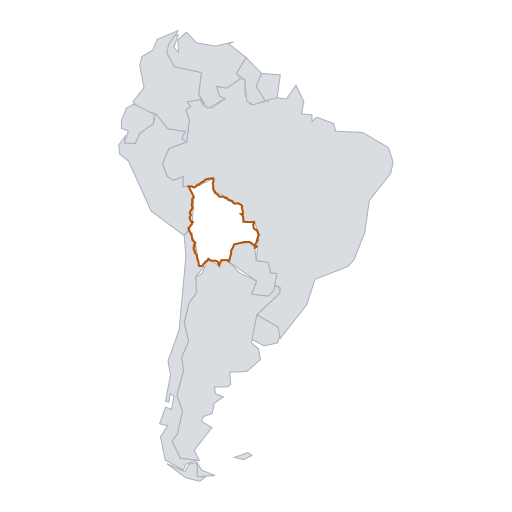 Bolivia on a map of South America (Robinson projection)
{"feature_id": "BOL", "entity_name": "Bolivia", "entity_type": "country or territory", "adm_level": 0, "iso_a3": "BOL", "parent_name": "South America", "parent_adm1": "", "projection": "robinson", "projection_center": [-65.153, -16.301], "detail": "fine", "context": "in_parent", "style": "outline", "palette": "amber", "viewbox_px": 512, "rotation_deg": 0, "n_neighbors": 12, "source": "natural_earth", "source_scale": "50m", "svg_char_len": 9073}
<svg xmlns="http://www.w3.org/2000/svg" viewBox="0 0 512 512"><path d="M197.0,462.4L201.6,470.1L215.0,475.6L197.3,476.6L197.0,462.4ZM257.0,314.9L251.5,343.0L258.4,348.7L260.5,359.4L246.8,371.5L229.8,372.2L230.7,384.5L227.5,386.8L214.6,387.1L215.4,393.6L223.5,397.0L214.3,403.1L212.3,413.3L203.2,416.6L201.7,421.5L211.9,427.6L194.2,450.3L199.4,460.6L180.4,458.4L172.0,441.1L177.3,434.1L182.4,411.6L176.9,394.9L183.5,370.4L181.5,357.8L188.5,341.4L184.2,322.5L188.9,303.2L196.5,292.7L195.7,276.9L202.0,273.6L208.0,258.9L218.9,265.4L221.2,260.0L227.8,260.3L239.2,272.6L256.7,281.2L251.7,294.2L268.3,296.0L277.6,283.7L280.1,292.9L257.0,314.9Z" fill="#d9dde1" stroke="#a8b0b8" stroke-width="1"/><path d="M197.0,462.4L197.3,476.6L205.6,476.8L199.8,481.3L185.7,477.8L166.9,463.7L184.9,471.6L188.9,464.3L197.0,462.4ZM188.7,230.6L195.4,242.8L199.1,265.9L203.9,266.6L195.7,276.9L196.5,292.7L188.9,303.2L184.2,322.5L188.5,341.4L181.5,357.8L183.5,370.4L176.9,394.9L182.4,411.6L177.3,434.1L172.0,441.1L180.4,458.4L197.3,460.2L186.0,464.1L183.3,470.2L165.2,460.0L160.5,436.9L167.6,425.6L159.6,423.8L165.6,407.1L171.6,409.4L173.9,395.8L170.2,394.0L168.9,402.2L165.5,401.3L170.5,375.1L168.0,361.1L179.2,329.6L185.9,256.0L184.2,235.7L188.7,230.6Z" fill="#d9dde1" stroke="#a8b0b8" stroke-width="1"/><path d="M234.4,457.4L247.9,452.6L251.9,455.5L243.4,459.6L234.4,457.4Z" fill="#d9dde1" stroke="#a8b0b8" stroke-width="1"/><path d="M257.0,314.9L278.3,327.1L281.4,331.6L277.6,342.8L264.1,345.9L252.0,339.5L257.0,314.9Z" fill="#d9dde1" stroke="#a8b0b8" stroke-width="1"/><path d="M280.2,338.6L278.3,327.1L257.0,314.9L280.1,292.9L280.3,287.6L274.7,285.0L276.8,273.5L270.5,273.1L268.4,262.4L256.1,260.7L258.9,234.5L254.7,222.0L243.5,221.8L241.6,205.2L213.0,190.5L213.4,178.4L196.2,186.8L182.8,186.7L183.2,176.6L173.2,180.4L167.1,176.4L162.5,163.5L168.9,148.5L186.6,142.0L189.3,120.8L185.8,109.7L190.5,106.7L187.0,101.8L200.4,99.7L203.2,105.7L212.1,108.0L225.0,98.6L219.7,96.6L216.4,86.2L226.6,88.1L240.5,78.6L244.9,79.8L245.0,94.9L250.5,104.5L268.4,101.2L268.5,96.5L286.4,99.1L295.9,85.2L303.9,101.7L301.5,113.8L311.9,114.9L312.1,121.5L316.6,117.2L333.7,123.6L335.6,131.2L362.7,132.5L388.4,147.6L393.2,162.3L390.7,173.3L369.3,200.4L364.8,232.5L354.1,259.6L347.8,266.5L314.9,279.3L306.8,304.6L280.2,338.6Z" fill="#d9dde1" stroke="#a8b0b8" stroke-width="1"/><path d="M186.6,142.0L168.9,148.5L162.5,163.5L167.1,176.4L173.2,180.4L183.2,176.6L182.8,186.7L188.8,186.4L193.9,197.1L192.3,223.4L184.2,235.7L151.1,211.0L128.6,161.3L119.8,154.2L118.8,144.9L125.3,136.0L124.5,142.8L135.1,143.6L139.8,133.3L153.2,123.7L155.8,113.7L167.8,128.7L185.6,131.5L181.8,138.3L186.6,142.0Z" fill="#d9dde1" stroke="#a8b0b8" stroke-width="1"/><path d="M204.3,104.9L200.4,99.7L187.0,101.8L190.5,106.7L185.8,109.7L189.3,120.8L186.6,142.0L181.8,138.3L185.6,131.5L167.8,128.7L155.8,113.7L142.1,110.6L132.9,102.0L144.0,87.6L139.7,65.1L142.1,56.4L152.7,50.3L157.3,39.3L177.9,30.7L166.6,52.2L174.4,66.6L201.6,72.6L198.8,94.5L204.3,104.9Z" fill="#d9dde1" stroke="#a8b0b8" stroke-width="1"/><path d="M240.5,78.6L226.6,88.1L216.4,86.2L219.7,96.6L225.0,98.6L207.5,108.5L198.8,94.5L201.6,72.6L174.4,66.6L166.6,52.2L169.0,43.6L174.5,35.8L178.3,34.7L173.9,47.5L178.6,52.3L177.8,40.1L186.4,32.1L196.6,42.9L216.0,46.1L233.6,41.8L228.7,43.8L246.1,57.5L236.5,73.5L240.5,78.6Z" fill="#d9dde1" stroke="#a8b0b8" stroke-width="1"/><path d="M265.2,100.6L253.4,104.8L246.9,101.4L244.9,79.8L236.5,73.5L246.1,57.5L261.5,73.4L256.3,86.2L265.2,100.6Z" fill="#d9dde1" stroke="#a8b0b8" stroke-width="1"/><path d="M277.1,97.9L265.2,100.6L258.9,91.0L256.3,86.2L261.5,73.4L280.3,74.9L277.1,97.9Z" fill="#d9dde1" stroke="#a8b0b8" stroke-width="1"/><path d="M154.2,114.3L153.2,123.7L139.8,133.3L135.1,143.6L124.5,142.8L128.4,131.0L121.3,128.3L121.5,120.3L126.4,108.2L133.7,104.1L154.2,114.3Z" fill="#d9dde1" stroke="#a8b0b8" stroke-width="1"/><path d="M254.9,247.9L256.1,260.7L268.4,262.4L270.5,273.1L276.8,273.5L273.6,290.9L268.3,296.0L251.7,294.2L256.7,281.2L228.7,261.7L234.0,244.3L249.4,242.4L254.9,247.9Z" fill="#d9dde1" stroke="#a8b0b8" stroke-width="1"/><path d="M189.1,230.1L189.1,229.8L189.1,229.3L188.8,228.9L188.5,228.7L188.3,228.4L188.5,228.0L189.2,227.4L189.5,227.3L189.6,227.0L189.9,226.7L190.5,225.8L190.9,225.2L191.3,224.8L191.8,224.5L191.9,224.3L191.8,223.7L191.9,223.2L192.0,222.9L192.5,222.6L192.9,222.4L193.0,222.3L192.9,222.1L192.6,221.8L191.8,221.5L191.3,221.5L191.0,221.3L190.8,221.0L189.8,218.3L189.6,217.6L189.6,217.4L190.3,216.0L190.5,215.6L191.0,214.9L190.9,214.7L190.1,213.6L189.8,213.1L189.8,212.6L189.9,212.0L190.4,211.7L190.5,211.2L190.6,210.7L190.8,210.5L191.0,210.2L191.3,209.8L191.7,209.5L191.9,209.2L192.0,208.5L192.2,208.3L192.7,208.0L192.7,207.8L192.6,207.3L192.4,206.8L192.1,206.5L191.8,205.2L191.5,204.6L191.7,204.3L191.9,204.0L192.1,203.3L192.1,202.6L192.1,199.8L192.1,199.2L192.3,198.8L192.7,198.4L193.1,198.2L193.4,197.9L193.3,197.4L193.5,197.1L193.8,196.7L193.0,195.2L192.3,193.8L191.7,192.5L190.9,191.0L190.4,190.1L189.8,188.9L189.3,187.8L188.5,186.4L189.2,186.3L190.6,186.4L191.9,186.6L192.8,186.7L193.2,187.0L193.3,187.3L193.5,187.5L193.8,187.4L194.1,187.4L194.9,187.0L195.4,186.8L195.9,186.5L196.2,186.2L196.8,185.2L197.3,184.7L197.8,184.5L198.7,184.4L199.0,184.6L199.4,184.6L199.7,184.0L200.2,183.4L201.2,182.6L201.7,182.4L202.0,182.1L202.5,182.1L203.0,181.8L205.2,179.8L206.1,179.3L206.7,179.2L207.1,179.1L207.9,178.8L209.9,178.6L211.2,178.5L211.6,178.7L212.1,178.7L212.5,178.2L212.8,178.1L213.0,178.1L213.4,178.6L213.5,179.2L213.4,179.6L213.4,180.2L213.6,181.0L213.5,181.7L213.0,182.6L212.8,183.0L212.7,183.4L212.8,183.9L213.0,184.8L213.4,186.0L213.5,186.8L213.2,187.4L213.0,187.9L213.1,188.3L213.2,188.6L213.3,188.8L213.4,189.1L213.5,189.6L213.7,190.1L214.1,190.5L214.3,191.0L214.2,191.4L214.3,191.7L214.4,191.8L214.5,191.7L214.8,191.6L215.1,192.2L215.2,192.3L215.3,192.8L215.4,193.2L215.9,193.4L216.3,193.5L216.6,193.7L217.2,194.3L217.6,194.7L218.2,195.0L218.4,195.5L218.7,196.3L219.7,196.6L220.8,196.7L221.6,196.9L222.4,196.5L223.0,196.5L223.6,196.8L223.9,197.0L224.3,197.4L225.0,197.9L225.6,198.1L226.0,197.8L226.4,197.7L226.7,197.8L226.8,198.4L227.0,198.7L227.3,199.0L228.0,199.7L228.4,200.0L228.9,200.0L229.8,200.4L230.8,200.9L231.3,201.0L231.9,200.9L232.2,201.1L232.3,201.6L233.2,202.7L233.6,203.2L234.1,203.5L235.4,203.5L235.7,203.6L236.3,203.5L238.0,203.3L238.3,203.3L239.2,203.8L240.3,204.5L241.1,205.0L241.6,205.3L241.9,205.8L242.1,206.3L242.2,206.8L242.1,207.4L241.8,207.6L241.8,207.9L241.9,208.4L242.2,208.9L242.4,209.5L242.6,210.5L242.8,210.8L242.9,214.0L242.2,214.0L241.1,214.0L241.4,214.3L242.3,215.5L243.1,216.6L243.2,218.3L243.3,219.4L243.4,220.9L243.4,221.8L245.4,221.9L247.8,222.0L250.5,222.1L253.0,222.2L253.6,222.1L253.9,221.9L254.1,221.9L254.1,222.3L254.1,222.8L254.1,223.3L253.3,224.4L253.3,224.7L253.4,226.1L253.6,227.2L253.7,228.3L254.0,228.6L254.8,229.1L256.1,230.1L256.6,230.3L257.0,230.1L257.2,230.5L257.3,231.2L258.0,233.0L258.4,234.2L258.6,234.6L258.9,234.8L258.8,235.0L258.6,235.0L258.4,235.2L258.1,236.5L257.5,238.3L257.2,239.5L257.5,239.5L257.5,239.8L257.6,240.3L257.2,240.4L257.1,240.6L256.6,241.6L256.1,242.9L255.5,244.2L255.1,245.0L255.7,245.6L256.7,246.6L256.5,246.9L256.1,247.0L255.7,247.1L255.5,247.5L255.3,247.7L254.9,247.8L255.1,246.7L254.9,245.8L254.8,245.5L253.1,244.4L251.6,243.3L249.6,242.0L247.0,242.0L244.3,242.0L241.7,242.6L239.2,243.2L238.0,243.5L235.5,244.1L234.1,244.4L233.7,245.4L233.2,247.1L232.6,248.0L232.0,249.1L231.1,250.5L231.1,252.2L231.1,253.8L230.4,256.1L229.9,258.1L229.4,260.0L229.0,261.3L228.9,261.6L228.3,261.1L227.9,260.4L227.8,260.1L225.3,260.1L223.0,260.1L222.7,260.2L222.4,260.2L222.2,260.1L221.9,260.1L221.6,260.3L221.2,260.5L220.3,262.5L219.9,263.3L219.6,264.1L219.3,265.4L219.2,265.6L218.9,265.1L218.5,264.0L218.3,263.3L218.1,262.5L217.6,261.6L217.1,261.3L216.7,261.2L216.2,261.0L215.4,260.8L215.0,260.7L212.5,260.7L212.3,260.7L211.4,260.8L210.9,260.7L210.4,260.2L209.2,259.3L209.0,259.0L208.6,258.8L208.3,258.7L208.1,258.9L207.9,259.7L207.7,260.4L207.5,260.8L206.7,261.1L205.9,261.4L205.5,261.5L205.2,261.9L205.2,262.4L205.0,262.8L203.9,263.5L203.6,263.7L203.5,264.4L202.9,265.2L202.7,265.5L201.7,265.8L200.5,266.0L199.8,266.0L199.2,265.9L198.8,265.6L198.7,265.3L198.7,264.9L198.8,264.3L198.7,263.4L198.3,262.3L198.4,261.9L198.3,261.4L198.1,260.4L197.6,259.9L197.4,259.1L197.4,258.4L197.0,257.5L196.9,256.4L196.9,255.4L196.2,254.3L195.5,253.0L194.9,252.9L194.8,252.7L194.7,252.4L194.7,251.9L194.7,251.5L195.2,251.0L195.2,250.9L194.0,250.0L193.7,249.8L193.6,249.5L193.6,249.2L193.9,249.0L194.0,248.8L193.7,248.2L193.8,247.7L193.6,247.5L193.6,247.3L193.8,247.2L194.5,247.0L194.7,246.5L194.7,246.1L194.6,245.8L193.9,245.0L193.9,244.9L194.6,243.8L195.1,243.1L195.3,242.9L195.2,242.8L195.1,242.6L194.8,242.3L194.4,242.0L194.0,241.7L193.6,241.1L193.0,240.7L192.6,240.2L192.3,239.8L192.3,239.4L192.3,238.8L192.0,237.8L191.9,237.0L191.8,236.3L191.7,235.8L191.6,235.3L191.4,234.7L191.3,234.3L191.4,234.1L191.6,233.8L191.6,233.7L190.5,233.1L190.3,233.0L190.0,231.9L189.2,230.8L189.1,230.1Z" fill="none" stroke="#b45309" stroke-width="2"/></svg>